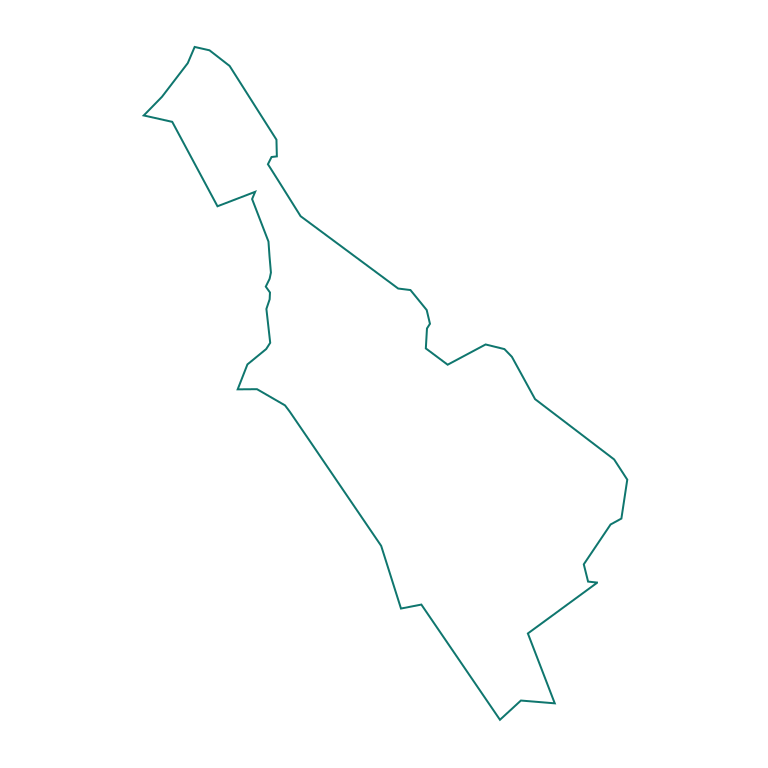 Newport News, Virginia, United States of America (Mercator projection), rotated 181°
{"feature_id": "52423323B40320593937866", "entity_name": "Newport News", "entity_type": "district", "adm_level": 2, "iso_a3": "USA", "parent_name": "United States of America", "parent_adm1": "Virginia", "projection": "mercator", "projection_center": [-76.498, 37.092], "detail": "fine", "context": "isolated", "style": "outline", "palette": "teal", "viewbox_px": 768, "rotation_deg": 181, "n_neighbors": 0, "source": "geoboundaries", "source_scale": "gbopen_adm2", "svg_char_len": 918}
<svg xmlns="http://www.w3.org/2000/svg" viewBox="0 0 768 768"><g transform="rotate(181 384 384)"><path d="M167.6,188.9L167.6,189.2L176.5,190.0L181.1,207.2L155.0,247.5L144.3,253.6L139.1,292.6L152.6,312.6L232.7,371.5L256.6,413.4L264.2,421.0L283.1,425.3L320.7,404.4L342.8,420.3L342.0,440.3L339.1,445.0L342.6,458.7L359.2,478.4L371.5,479.7L470.3,550.3L492.9,585.0L502.5,599.6L503.9,601.7L500.4,609.0L495.1,609.7L495.8,626.4L511.0,649.4L543.9,699.3L564.3,714.6L579.2,717.7L581.5,712.0L585.8,701.4L611.0,667.3L628.9,648.3L600.3,642.4L553.6,558.8L516.2,573.9L519.1,566.6L502.0,524.4L500.7,509.7L499.0,493.4L500.2,487.2L503.9,479.3L499.6,473.5L499.8,466.7L502.9,457.0L498.5,423.2L502.4,416.9L520.9,401.2L530.2,376.1L510.9,376.6L482.6,360.9L477.9,354.9L456.9,325.3L384.0,222.1L363.1,159.8L342.8,164.1L279.7,75.0L262.2,50.3L241.6,69.9L207.7,67.7L235.8,137.1L167.6,188.9Z" fill="none" stroke="#0f766e" stroke-width="2"/></g></svg>